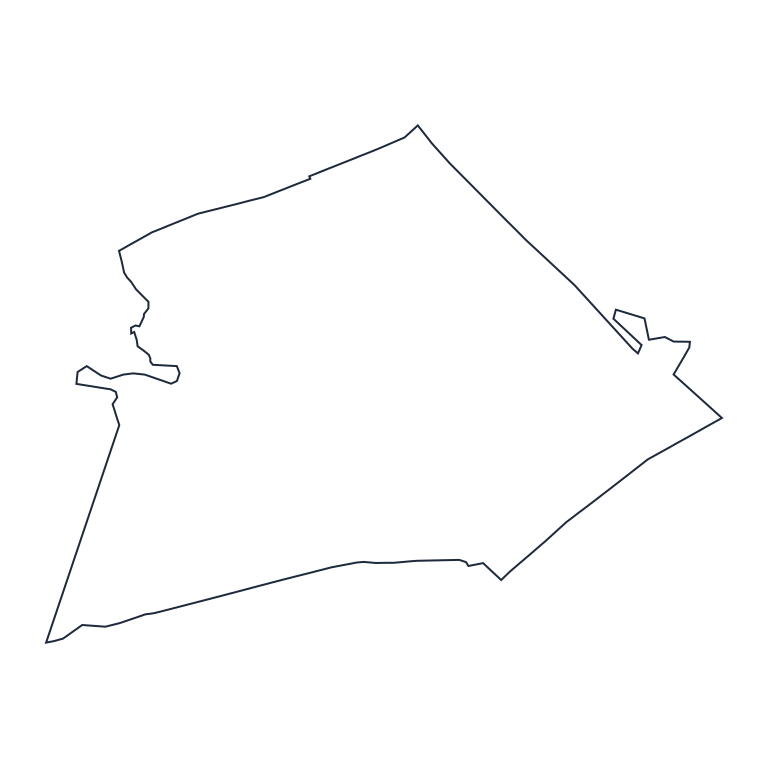 San Mateo Etlatongo, Oaxaca, Mexico
{"feature_id": "50627088B15495496169885", "entity_name": "San Mateo Etlatongo", "entity_type": "district", "adm_level": 2, "iso_a3": "MEX", "parent_name": "Mexico", "parent_adm1": "Oaxaca", "projection": "mercator", "projection_center": [-97.265, 17.424], "detail": "fine", "context": "isolated", "style": "outline", "palette": "slate", "viewbox_px": 768, "rotation_deg": 0, "n_neighbors": 0, "source": "geoboundaries", "source_scale": "gbopen_adm2", "svg_char_len": 2625}
<svg xmlns="http://www.w3.org/2000/svg" viewBox="0 0 768 768"><path d="M46.1,642.6L54.0,641.1L63.0,638.6L82.2,625.0L105.4,626.7L119.7,623.1L145.5,614.3L150.5,613.7L153.9,613.2L156.9,612.5L221.2,595.9L230.3,593.5L254.2,587.2L258.7,586.0L262.9,584.9L267.2,583.8L271.6,582.6L275.9,581.5L284.4,579.3L285.0,579.1L285.9,578.9L294.2,576.8L300.2,575.3L306.1,573.8L312.1,572.3L317.8,570.8L320.7,570.1L322.3,569.7L330.8,567.5L331.6,567.3L346.8,564.4L347.6,564.3L356.2,562.6L363.7,561.9L376.0,563.0L380.6,562.9L387.7,562.8L393.7,562.8L394.8,562.7L403.8,561.9L412.6,561.1L416.7,560.8L421.6,560.7L426.0,560.6L444.5,560.2L459.3,559.9L466.0,562.1L468.4,566.0L483.1,563.1L486.5,566.3L489.7,569.3L501.2,580.0L510.0,571.5L521.0,562.1L521.5,561.7L529.8,554.6L540.9,545.0L544.8,541.7L555.9,531.6L556.4,531.1L566.5,522.0L573.1,517.0L579.3,512.2L580.2,511.6L593.5,501.5L601.4,495.4L611.7,487.5L647.9,459.3L670.1,447.0L677.9,442.6L693.4,434.0L704.9,427.5L721.9,418.0L697.1,395.6L673.6,374.5L684.4,356.1L689.3,347.5L689.7,343.8L689.9,341.8L684.2,341.7L673.7,341.6L664.8,337.0L651.0,339.4L649.2,339.7L648.9,339.7L645.4,322.7L644.5,318.4L615.9,309.7L613.4,318.7L636.4,340.2L640.1,343.7L641.6,345.0L638.0,353.4L632.6,348.8L579.6,290.7L574.6,285.2L537.7,250.9L529.4,243.2L526.6,240.6L526.1,240.1L525.7,239.8L524.4,238.5L517.6,231.6L510.4,224.4L508.2,222.3L491.5,205.4L485.8,199.7L480.0,193.8L469.4,183.1L467.7,181.4L449.8,163.4L431.9,143.4L417.8,125.4L412.9,129.9L406.5,135.7L404.7,137.4L380.3,147.9L375.8,149.8L359.9,156.1L344.7,162.2L340.1,164.0L332.4,167.1L329.5,168.2L309.3,176.3L310.3,178.8L301.3,182.3L296.9,184.0L288.3,187.4L284.1,189.1L279.9,190.7L275.4,192.5L263.8,197.1L257.5,198.7L256.2,199.0L252.2,200.0L247.8,201.1L242.9,202.4L241.0,202.9L233.1,204.9L225.9,206.7L225.0,206.9L222.8,207.5L220.3,208.1L219.6,208.3L218.1,208.7L215.5,209.3L212.4,210.1L209.5,210.8L203.5,212.3L202.8,212.5L198.4,213.6L197.5,213.9L196.5,214.3L169.6,225.2L155.1,231.1L152.2,232.2L139.4,239.4L127.4,246.1L127.2,246.2L127.0,246.4L119.0,250.8L121.8,261.8L124.1,272.6L127.1,277.5L131.0,281.7L136.1,289.4L148.5,301.9L148.4,308.4L144.0,314.0L143.8,316.9L139.4,326.3L135.5,325.5L131.1,327.7L131.2,333.5L134.2,332.0L136.7,339.9L137.6,346.3L143.1,350.2L146.0,352.5L148.9,354.9L150.3,358.4L150.3,361.5L152.8,364.8L176.8,366.1L179.6,373.2L176.9,381.0L171.1,383.7L144.8,374.6L133.5,373.4L132.8,373.4L123.3,374.6L110.6,378.7L101.0,375.5L86.7,366.1L77.6,372.0L77.1,376.7L76.4,383.9L92.2,386.4L106.6,388.7L110.6,389.3L115.8,391.9L116.1,392.8L116.2,393.5L117.2,397.3L112.6,404.3L114.3,409.5L116.4,416.3L119.3,425.1L46.1,642.6Z" fill="none" stroke="#1e293b" stroke-width="2"/></svg>